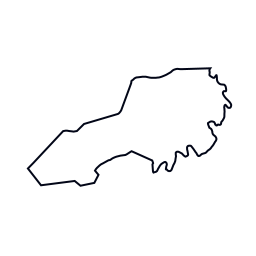 outline of Cane, La Paz, Honduras, rotated 350°
{"feature_id": "27666195B14338204727731", "entity_name": "Cane", "entity_type": "district", "adm_level": 2, "iso_a3": "HND", "parent_name": "Honduras", "parent_adm1": "La Paz", "projection": "robinson", "projection_center": [-87.651, 14.283], "detail": "fine", "context": "isolated", "style": "outline", "palette": "ink", "viewbox_px": 256, "rotation_deg": 350, "n_neighbors": 0, "source": "geoboundaries", "source_scale": "gbopen_adm2", "svg_char_len": 5761}
<svg xmlns="http://www.w3.org/2000/svg" viewBox="0 0 256 256"><g transform="rotate(350 128 128)"><path d="M193.0,167.9L193.3,167.9L193.6,167.8L193.9,167.8L194.3,167.6L194.6,167.4L194.8,167.3L195.3,166.9L195.5,166.8L195.9,166.6L196.4,166.4L196.6,166.4L197.2,166.3L199.4,166.1L199.8,166.0L200.2,165.9L200.6,165.7L202.7,164.1L203.6,163.7L204.2,163.4L204.9,163.1L205.4,162.7L205.8,162.5L206.3,162.0L207.0,161.3L207.4,160.9L208.2,160.3L208.5,160.0L209.3,159.2L211.3,156.8L211.7,156.4L212.1,156.1L212.6,155.4L212.9,155.0L213.1,154.5L213.1,154.2L213.2,153.9L213.2,153.3L213.0,152.6L212.8,152.0L212.6,151.5L210.9,149.5L210.7,149.1L210.5,148.7L210.4,148.2L210.3,147.6L210.3,147.0L210.4,146.2L210.3,145.5L210.2,144.7L209.9,143.7L209.7,143.3L208.9,142.5L208.2,141.9L208.1,141.7L208.0,140.8L207.7,139.4L207.6,138.8L207.5,138.1L207.5,137.7L207.6,137.2L207.8,136.9L208.5,136.7L209.6,136.2L210.3,136.0L210.6,136.0L211.0,136.0L211.4,136.0L211.8,136.1L212.4,136.3L213.0,136.6L213.7,137.0L213.8,137.2L214.0,137.4L214.4,138.6L214.5,139.1L214.5,139.7L214.6,139.8L214.9,139.9L215.0,140.0L215.1,140.4L215.2,140.5L215.4,140.8L215.6,140.8L215.8,140.9L216.3,140.8L216.6,140.7L216.9,140.4L217.0,140.3L217.3,140.3L217.6,140.3L218.1,140.6L218.5,140.8L218.9,140.8L219.3,140.8L219.5,140.8L219.9,140.6L220.0,140.5L220.2,140.3L220.3,140.1L220.5,139.6L220.6,139.1L220.7,138.9L220.9,138.5L221.0,138.2L221.4,137.9L222.2,137.3L222.7,136.8L223.8,135.4L224.4,134.6L224.7,134.0L224.9,133.4L225.4,130.8L226.0,128.4L226.1,127.1L226.3,125.8L226.3,124.9L226.3,124.5L226.5,123.8L226.7,123.4L226.8,123.0L227.1,122.5L227.4,122.3L227.7,122.1L227.9,122.1L228.0,122.1L228.2,122.3L229.8,125.1L230.1,125.3L230.3,125.5L230.6,125.6L230.9,125.7L231.4,125.8L231.8,125.8L232.2,125.7L232.5,125.5L232.8,125.2L233.0,124.9L233.2,124.5L233.4,124.1L233.5,123.7L233.6,123.3L233.6,122.9L233.6,122.7L233.5,122.2L233.1,121.2L232.7,120.3L231.6,118.6L230.9,117.6L230.2,116.6L229.7,116.0L229.3,115.2L228.9,114.6L228.4,113.6L227.9,112.3L227.6,111.4L227.5,110.8L227.5,110.5L227.5,110.2L227.6,109.8L227.6,109.6L227.8,109.3L228.0,109.0L228.1,108.8L228.4,108.6L228.7,108.4L229.1,108.4L229.3,108.5L229.8,108.6L230.0,108.7L230.5,108.7L230.8,108.7L231.0,108.4L231.2,108.0L231.3,107.4L231.4,106.7L231.4,105.9L231.4,105.2L231.4,104.6L231.3,103.9L231.1,103.4L230.9,103.0L230.7,102.6L230.4,102.3L230.1,102.0L229.7,101.9L228.6,101.6L227.1,101.2L226.8,101.0L226.1,100.6L225.8,100.3L225.4,99.9L225.1,99.5L224.7,98.9L224.4,98.3L224.2,97.7L224.1,97.3L224.0,96.5L224.0,96.1L224.0,95.7L224.3,93.7L224.4,92.4L224.4,92.1L224.4,91.7L224.3,91.4L224.2,91.4L223.9,91.4L222.5,92.8L221.9,93.3L221.6,93.5L221.4,93.5L221.2,93.5L220.9,93.4L220.6,93.3L220.2,93.0L219.7,92.6L218.8,91.8L218.2,91.2L217.8,90.7L217.6,90.4L217.4,90.0L217.4,89.9L218.2,87.1L218.2,86.8L218.1,86.5L218.1,86.2L218.1,85.8L218.2,85.4L218.4,84.9L218.6,84.4L219.0,83.9L219.4,83.5L190.6,79.3L189.6,79.1L187.5,78.5L186.8,78.3L186.5,78.3L185.6,78.3L184.6,78.4L183.8,78.5L183.0,78.7L182.4,78.9L181.1,79.6L180.7,79.9L179.9,80.4L179.7,80.5L175.0,82.2L173.0,82.7L170.2,83.3L168.7,83.5L167.7,83.6L167.1,83.6L166.2,83.5L164.3,83.4L161.9,83.0L160.0,82.7L159.0,82.4L158.3,82.2L154.4,80.6L152.7,80.3L150.9,80.0L150.2,80.0L148.2,79.9L146.5,79.8L145.5,79.7L145.1,79.7L144.8,79.8L144.4,79.8L143.8,80.0L143.2,80.2L142.6,80.5L142.2,80.8L141.5,81.3L140.4,81.8L139.8,82.1L139.7,82.2L139.5,82.4L139.4,82.7L139.1,83.8L138.9,84.4L136.9,87.9L124.5,109.2L123.5,110.4L121.7,111.9L120.6,112.4L119.7,112.5L85.4,116.4L77.2,122.1L74.8,122.1L73.8,122.1L72.3,121.6L69.6,120.8L67.4,120.0L66.0,119.8L64.8,119.8L63.6,119.8L28.7,146.0L22.4,150.5L32.4,169.3L66.3,170.9L71.2,176.6L85.3,176.2L90.8,169.0L88.1,164.3L88.7,163.6L89.1,163.1L90.5,161.9L93.7,159.8L94.2,159.6L94.7,159.3L95.6,158.9L96.5,158.7L96.8,158.6L102.6,156.6L103.3,156.4L103.7,156.4L104.3,156.4L104.6,156.4L105.1,156.3L105.5,156.1L106.7,155.5L108.4,154.9L109.3,154.7L110.5,154.4L111.9,154.2L113.3,154.1L114.7,154.0L115.7,153.9L117.8,154.0L118.3,154.0L120.0,154.1L120.4,154.1L120.9,154.1L121.4,153.9L121.9,153.8L126.4,151.9L127.5,151.5L146.2,164.2L146.6,166.4L146.6,167.1L145.8,168.0L145.7,168.8L145.3,172.7L145.1,174.8L145.1,175.5L145.2,175.9L145.3,176.1L145.4,176.3L145.9,176.2L147.8,176.0L148.4,175.8L148.7,175.6L149.1,175.4L149.4,175.0L149.8,174.5L150.4,173.6L152.6,171.0L153.2,170.4L153.6,170.0L154.1,169.6L154.7,169.2L155.2,169.0L155.7,168.7L156.8,168.3L157.3,168.1L157.9,167.9L158.2,167.9L158.4,167.9L158.7,167.9L159.0,168.1L159.3,168.3L159.5,168.6L159.7,168.9L159.8,169.3L159.9,169.7L159.9,170.1L159.9,170.6L159.8,171.0L159.0,172.6L158.4,174.2L158.3,174.5L158.3,174.8L158.2,175.1L158.3,175.2L158.3,175.3L158.7,175.4L158.9,175.5L159.0,175.6L159.1,175.8L159.4,176.4L159.6,176.7L159.8,176.9L160.0,177.1L160.6,177.4L160.9,177.6L161.2,177.6L161.7,177.7L162.1,177.7L162.6,177.5L162.9,177.3L163.2,177.1L163.5,176.8L163.7,176.6L166.3,172.3L167.6,170.7L168.1,169.9L168.5,169.2L168.7,168.9L168.9,168.4L169.5,166.5L170.3,164.3L170.4,164.0L170.4,162.7L170.6,161.6L170.7,160.8L170.8,160.6L171.3,160.2L171.6,160.0L171.8,160.0L172.1,159.9L172.5,159.9L172.9,160.0L173.4,160.1L173.8,160.3L174.1,160.5L175.4,161.5L176.3,162.2L176.6,162.4L178.1,164.7L178.9,165.6L179.5,166.1L179.8,166.2L180.8,165.9L181.5,165.7L182.1,165.4L182.3,165.2L182.5,164.8L182.6,164.5L182.6,164.2L182.6,160.8L182.5,159.7L182.5,159.2L182.6,158.7L182.7,157.8L182.8,157.4L183.0,157.0L183.1,156.8L183.3,156.6L183.5,156.4L183.8,156.2L184.1,156.1L184.5,156.1L184.9,156.0L185.3,156.1L185.7,156.1L186.0,156.2L186.4,156.3L186.7,156.4L186.9,156.6L187.1,156.8L187.7,157.9L188.8,160.0L190.1,162.9L190.4,163.6L190.5,163.8L190.8,164.2L190.9,164.5L191.1,164.9L191.4,166.0L191.7,166.8L191.8,166.9L192.0,167.0L192.2,167.4L192.3,167.7L192.5,167.8L193.0,167.9Z" fill="none" stroke="#020617" stroke-width="2"/></g></svg>